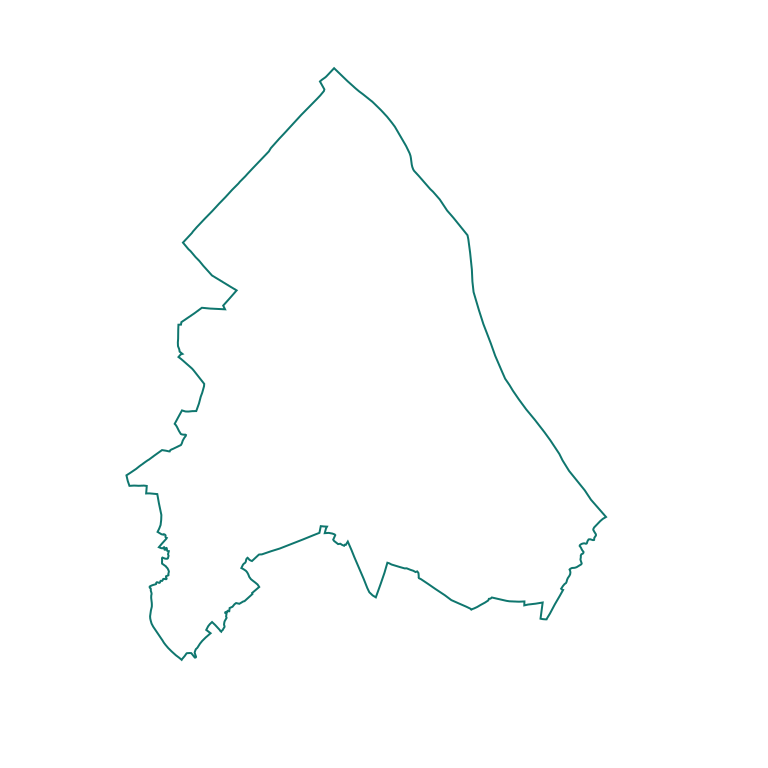 the district of Lai Vung, Can Tho, Vietnam, rotated 189°
{"feature_id": "81297802B97779454887068", "entity_name": "Lai Vung", "entity_type": "district", "adm_level": 2, "iso_a3": "VNM", "parent_name": "Vietnam", "parent_adm1": "Can Tho", "projection": "orthographic", "projection_center": [105.672, 10.244], "detail": "fine", "context": "isolated", "style": "outline", "palette": "teal", "viewbox_px": 768, "rotation_deg": 189, "n_neighbors": 0, "source": "geoboundaries", "source_scale": "gbopen_adm2", "svg_char_len": 6126}
<svg xmlns="http://www.w3.org/2000/svg" viewBox="0 0 768 768"><g transform="rotate(189 384 384)"><path d="M604.7,492.2L598.3,486.6L595.9,485.0L589.9,479.8L585.7,476.7L581.0,472.5L570.9,464.3L550.7,456.0L544.2,453.4L550.7,443.1L555.1,436.3L552.7,432.9L567.6,431.3L575.8,430.8L582.5,424.0L593.8,413.4L593.8,410.9L596.3,410.4L595.7,405.3L594.4,396.4L594.1,392.7L593.4,389.2L591.6,386.1L590.9,384.0L587.8,382.2L589.4,381.4L591.2,378.5L588.2,376.9L576.0,369.2L574.2,367.7L561.6,356.0L561.4,353.6L562.2,346.8L563.0,342.9L563.7,335.8L565.2,327.9L569.1,327.2L572.8,326.2L575.8,325.8L579.4,326.3L581.8,319.6L584.5,311.9L583.0,310.7L581.6,309.0L579.2,305.6L576.9,302.9L575.9,302.6L574.0,302.6L572.3,302.9L571.6,302.6L571.7,301.7L572.9,299.4L573.9,296.7L574.4,293.7L575.0,292.0L582.6,286.7L583.8,286.0L584.9,284.9L585.1,283.9L585.6,283.8L588.9,284.0L592.9,284.0L599.5,277.5L604.6,272.3L605.3,271.8L607.6,269.6L612.7,264.5L615.5,261.4L621.4,255.9L624.1,253.5L621.9,248.1L619.5,243.6L614.8,244.6L610.3,245.1L605.2,246.1L602.4,246.2L602.2,244.2L601.8,238.7L598.3,239.3L590.7,239.8L587.7,231.1L583.4,219.8L582.8,214.8L582.6,209.8L583.4,206.1L584.5,202.5L580.3,200.8L578.2,200.7L577.9,201.2L577.0,201.0L576.4,200.7L576.0,200.1L576.0,199.2L575.7,198.4L575.2,198.0L574.5,197.9L574.8,197.1L578.5,191.4L580.8,187.6L578.9,187.1L577.4,187.0L576.8,187.3L575.7,188.4L575.3,188.1L575.2,186.8L575.0,186.2L574.6,186.0L574.1,186.1L573.8,186.5L573.5,187.8L573.2,188.0L572.9,187.8L572.3,185.9L571.9,185.3L571.2,185.2L570.4,185.2L570.7,182.1L569.9,180.6L570.2,178.0L570.8,177.5L571.9,177.3L573.1,177.3L575.7,177.9L575.9,177.6L576.0,177.3L575.9,176.5L575.6,175.3L575.4,173.4L575.1,171.9L570.6,169.6L570.2,168.9L569.4,168.5L568.7,167.7L568.0,166.7L567.4,165.7L567.1,165.0L567.3,162.5L567.0,161.9L567.0,161.4L567.5,161.0L568.1,160.7L569.2,160.0L569.2,159.2L568.3,157.9L568.4,157.3L568.7,157.1L570.9,157.1L571.5,156.9L572.0,155.4L572.4,154.8L573.7,154.7L574.0,154.3L574.2,153.1L574.5,152.6L575.0,152.4L576.6,152.7L577.4,152.6L577.8,152.1L577.9,150.7L579.0,150.1L580.0,149.7L581.5,148.9L582.9,148.0L583.7,147.3L583.7,146.7L583.4,146.1L582.7,145.8L582.3,145.2L582.0,143.4L580.9,141.1L580.7,140.1L580.8,138.6L580.5,136.3L579.1,131.4L578.7,129.4L578.5,127.7L578.8,123.8L578.7,118.0L578.2,115.8L577.4,113.8L576.1,111.0L574.0,108.2L562.5,95.9L561.0,94.1L558.9,92.1L556.0,89.6L552.0,86.7L547.1,83.5L543.5,81.6L540.7,79.9L540.4,80.7L538.2,84.3L537.1,86.6L536.8,87.1L536.5,87.3L533.8,87.9L532.2,88.0L528.3,84.4L528.0,84.2L527.5,84.3L527.1,84.6L527.0,84.8L527.0,85.2L528.9,88.8L529.0,89.4L528.8,90.6L528.5,92.1L528.3,92.7L527.1,94.2L525.1,98.8L523.3,101.9L520.5,105.7L516.3,110.7L521.1,113.3L519.8,117.2L518.5,119.5L516.6,122.0L513.1,119.6L507.9,115.5L507.0,114.5L506.0,113.9L505.7,114.8L504.7,116.0L504.3,117.4L503.6,118.8L503.6,119.2L503.6,119.8L504.3,121.1L504.4,121.9L504.4,123.8L504.3,124.7L502.9,128.4L503.6,129.7L503.6,132.5L503.8,132.6L504.9,132.9L505.1,133.3L505.1,133.6L504.7,134.0L504.3,134.1L503.5,134.0L503.3,134.1L503.3,135.0L502.8,135.6L502.3,135.6L501.8,135.4L501.5,135.2L501.3,135.3L501.4,138.6L498.8,140.3L497.2,143.1L495.8,144.5L492.5,144.3L490.8,145.7L489.0,147.2L487.8,147.7L481.1,156.0L481.6,156.9L475.5,164.0L477.5,166.2L480.2,167.8L482.6,169.1L484.9,170.4L486.9,172.4L488.3,174.8L489.7,176.6L491.2,177.9L494.0,179.2L496.1,179.9L495.0,183.5L494.4,184.5L493.1,185.8L492.7,187.0L492.7,188.5L492.4,189.9L491.6,191.0L490.9,190.6L489.4,189.3L488.1,188.8L486.7,188.5L480.9,195.9L480.1,196.2L478.0,196.6L469.3,201.2L461.2,205.2L439.5,217.9L430.4,223.4L424.5,226.9L424.2,233.7L421.0,233.9L418.0,234.2L418.7,232.2L419.2,227.4L415.3,228.3L411.6,228.2L409.2,227.7L408.5,227.1L409.8,222.3L408.8,221.2L404.3,218.7L402.1,219.4L400.4,218.6L398.1,218.0L397.6,219.1L396.6,219.1L395.1,222.7L390.0,214.7L386.3,208.5L373.5,188.2L368.6,179.9L365.9,176.0L362.1,173.4L358.7,172.0L356.0,186.2L354.0,197.6L352.7,208.0L350.7,207.7L348.4,206.9L339.8,205.7L334.7,205.1L332.8,205.5L328.8,204.6L325.8,204.1L323.4,203.2L321.9,204.1L321.3,203.6L320.5,202.8L320.1,201.6L319.6,199.4L319.5,198.3L319.1,197.7L316.9,197.0L309.1,193.4L301.2,189.6L290.9,184.9L283.7,181.1L275.5,178.9L267.8,176.9L263.2,175.5L262.9,175.0L262.4,174.8L261.6,175.5L259.8,176.5L257.0,178.4L254.0,180.9L250.2,183.8L247.2,186.5L246.8,188.2L245.2,188.7L244.1,190.0L229.2,189.0L226.2,189.0L216.6,190.1L211.3,191.2L210.8,187.3L207.2,188.7L199.7,190.8L193.1,193.0L192.7,176.7L191.0,176.6L188.8,176.7L186.6,177.0L186.3,178.1L184.2,183.2L180.8,193.1L177.3,202.1L174.9,208.6L175.9,208.8L177.0,209.5L175.6,212.6L174.4,214.6L173.1,215.9L172.7,217.3L172.6,218.9L172.1,221.0L170.9,223.5L170.4,225.1L170.4,226.9L170.8,228.3L171.7,229.8L171.0,230.7L169.5,231.7L166.9,232.3L165.1,233.2L160.9,236.8L160.7,237.8L162.1,240.4L162.5,241.4L162.5,243.8L162.8,245.3L162.4,246.7L161.1,247.6L160.6,248.6L160.7,249.4L162.1,250.7L163.0,251.8L163.6,252.8L164.6,253.9L165.4,254.6L165.4,255.2L165.0,255.9L163.9,256.9L162.3,257.7L160.9,258.0L159.5,257.8L158.8,258.3L158.6,259.1L158.5,260.4L157.6,262.5L156.1,262.9L153.1,262.5L152.1,262.9L152.2,265.0L151.0,267.5L151.2,268.7L153.2,271.0L154.5,272.7L154.5,273.7L154.0,275.2L149.0,282.4L146.8,285.0L143.9,287.4L161.5,302.1L169.1,310.4L187.6,327.1L195.7,336.5L199.9,342.4L211.0,354.5L218.0,361.5L229.5,372.3L239.6,381.2L248.4,389.9L255.7,397.6L259.9,402.6L265.2,408.2L269.5,414.9L278.6,429.3L284.8,440.7L290.8,451.1L295.2,458.7L301.8,471.8L309.9,488.8L312.7,499.0L315.1,510.7L319.5,527.2L323.4,540.3L324.8,544.0L341.3,558.9L348.8,565.2L357.8,575.0L365.7,581.6L368.9,583.8L382.5,595.2L387.6,599.2L388.7,600.5L390.0,602.8L390.9,605.0L392.8,611.4L393.5,613.4L394.8,615.9L399.4,622.5L412.2,638.2L413.5,639.8L417.1,643.3L422.8,648.5L429.8,654.0L439.4,660.8L450.1,666.9L454.3,669.1L458.3,671.5L467.4,677.4L482.7,688.1L489.1,678.7L490.2,677.4L492.9,674.8L494.6,672.8L489.0,665.7L489.2,663.9L492.1,659.0L495.0,654.8L507.8,636.9L522.0,615.5L525.7,610.1L532.7,599.2L534.1,595.7L547.7,576.1L551.7,570.2L553.3,567.7L558.0,561.2L559.1,559.3L564.4,552.0L569.8,543.8L575.1,536.3L580.7,527.9L586.6,519.6L593.4,509.7L596.5,504.8L597.4,503.0L604.7,492.2Z" fill="none" stroke="#0f766e" stroke-width="2"/></g></svg>